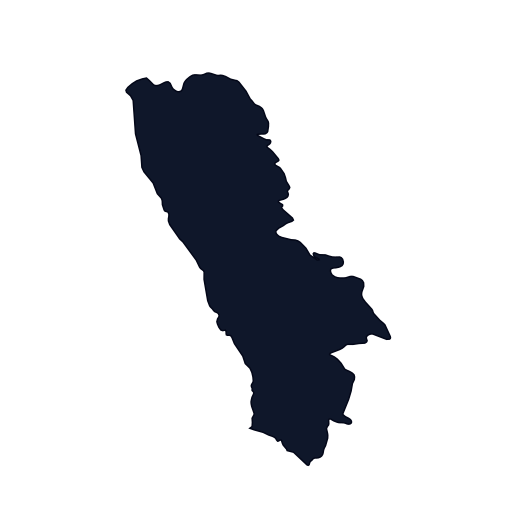 Meghalaya, Mercator projection, rotated 63°
{"feature_id": "IND-2489", "entity_name": "Meghalaya", "entity_type": "State", "adm_level": 1, "iso_a3": "IND", "parent_name": "India", "parent_adm1": "", "projection": "mercator", "projection_center": [91.449, 25.547], "detail": "fine", "context": "isolated", "style": "filled", "palette": "ink", "viewbox_px": 512, "rotation_deg": 63, "n_neighbors": 0, "source": "natural_earth", "source_scale": "10m", "svg_char_len": 4914}
<svg xmlns="http://www.w3.org/2000/svg" viewBox="0 0 512 512"><g transform="rotate(63 256 256)"><path d="M406.7,339.7L406.2,336.9L402.7,334.8L398.8,333.1L396.6,329.9L395.4,329.1L388.1,328.1L385.6,327.4L383.7,326.6L382.1,325.4L380.1,323.7L378.0,321.0L377.1,320.2L376.0,319.9L374.1,320.5L373.4,320.2L372.4,319.5L370.4,319.4L369.3,319.0L368.5,318.2L367.1,316.0L366.0,315.1L362.3,313.6L357.8,312.5L353.3,312.3L349.6,313.5L347.0,314.4L339.2,313.2L324.3,315.0L317.6,314.4L315.5,314.7L314.6,315.6L313.7,317.4L312.8,318.2L311.5,317.8L309.7,316.9L308.1,317.0L307.4,319.5L306.0,320.9L302.7,321.4L299.2,321.2L296.8,320.7L294.6,318.8L293.6,317.1L292.6,315.9L290.2,315.7L289.0,316.2L286.7,318.1L285.0,318.6L283.5,318.8L280.7,319.7L279.4,319.9L273.9,319.3L253.3,312.9L246.6,309.4L245.1,309.5L242.0,311.0L240.3,311.3L232.6,311.1L210.3,314.7L205.9,316.3L204.7,316.4L188.9,318.6L185.0,318.1L183.0,317.1L181.3,315.8L179.5,314.7L177.2,314.4L176.5,314.8L175.0,316.4L174.2,316.9L173.0,316.9L167.8,316.1L164.8,314.7L163.2,314.2L161.3,314.1L155.7,315.6L144.3,314.5L130.1,317.6L125.2,317.4L114.4,312.8L92.5,307.9L61.6,294.8L56.3,295.0L51.3,297.0L49.2,296.6L47.6,293.6L46.3,288.1L45.8,282.9L46.4,278.4L46.6,276.9L47.7,272.8L51.3,271.4L57.0,269.6L58.1,268.7L58.9,267.6L59.6,265.7L59.9,263.7L59.9,259.1L60.1,257.1L60.9,255.2L63.2,254.1L67.6,254.3L69.7,254.0L71.7,253.0L73.3,252.0L74.2,251.0L74.7,250.0L75.0,248.3L74.8,247.3L74.5,246.6L73.5,245.4L69.7,242.0L68.8,240.9L68.0,239.4L67.3,237.8L66.4,233.9L66.2,231.9L66.2,230.2L66.7,228.6L67.5,227.0L69.2,224.2L69.9,222.9L70.3,221.6L70.6,220.1L70.8,216.8L71.6,214.9L73.0,213.2L77.2,209.0L78.1,207.6L78.9,205.4L80.1,203.7L82.3,201.6L86.9,198.4L90.3,194.5L91.1,193.4L93.3,192.3L104.6,190.1L113.4,189.9L115.7,189.2L119.5,188.5L120.5,188.1L121.3,187.6L124.2,185.1L126.5,183.9L127.8,183.5L129.7,183.4L136.5,184.4L138.8,184.4L140.6,184.2L141.9,184.2L143.4,184.6L146.2,186.1L150.4,189.1L151.0,190.1L151.3,192.1L150.9,193.5L149.6,196.1L148.7,198.3L148.4,199.2L148.3,199.7L148.9,199.9L149.4,199.8L155.1,195.8L157.1,194.1L157.5,193.4L158.6,191.4L159.3,190.8L160.5,190.8L161.7,191.7L162.3,192.8L162.6,194.2L162.7,195.5L163.2,196.5L164.2,196.7L167.4,195.1L170.8,193.9L179.3,192.0L180.5,192.0L181.2,192.3L181.5,193.3L181.6,196.0L182.1,197.3L182.8,197.7L184.2,197.3L187.9,194.8L189.3,194.4L195.4,193.6L199.6,194.2L203.2,195.1L208.6,194.7L210.2,194.8L211.2,195.9L212.0,198.1L212.9,198.8L214.4,198.9L215.7,199.2L217.1,200.3L217.8,201.7L218.0,203.6L217.9,205.6L217.0,209.8L217.2,211.0L218.1,211.5L220.2,210.4L222.2,209.1L222.7,209.1L223.6,209.7L223.9,210.9L225.1,211.3L227.2,210.9L238.7,206.3L241.0,206.4L241.4,208.3L240.8,212.5L240.8,214.9L241.3,217.8L241.5,223.2L242.7,227.0L244.7,227.8L246.3,227.6L248.7,226.7L251.2,224.6L257.5,217.3L259.6,213.8L261.6,211.8L264.0,210.4L271.7,208.0L279.7,207.5L287.2,203.4L287.7,202.3L288.0,201.4L287.2,201.3L283.8,203.9L282.9,204.2L281.8,204.3L280.0,204.0L279.5,203.1L279.9,202.2L282.8,199.7L283.8,198.7L286.6,193.6L289.1,191.2L291.5,188.5L292.9,186.1L294.9,181.9L296.2,180.8L298.2,180.3L301.0,180.9L302.6,182.0L303.6,183.7L303.7,185.9L303.7,186.1L303.5,187.4L302.7,190.3L301.9,192.1L301.5,194.1L301.7,195.5L303.1,196.5L305.0,196.9L307.4,196.8L310.4,195.2L312.3,193.3L313.8,191.1L315.5,187.7L316.2,186.0L317.0,181.5L317.6,180.0L318.5,178.6L324.2,173.3L326.2,172.4L328.7,172.3L332.0,173.8L336.0,178.0L337.9,179.3L339.6,179.9L342.3,180.2L346.7,179.5L356.0,177.0L357.4,176.9L359.0,177.2L360.6,177.3L369.5,174.9L373.9,173.0L375.9,172.4L388.6,172.9L389.9,173.3L390.5,173.9L390.7,174.7L389.5,177.5L378.7,187.2L378.1,188.0L377.6,189.2L377.3,190.7L377.4,192.4L378.0,194.2L379.2,195.0L382.0,195.5L382.8,196.6L383.0,198.6L380.7,203.9L378.7,209.8L376.3,214.4L376.1,215.7L376.4,217.2L376.9,219.0L377.3,221.3L377.3,224.0L376.4,232.5L376.4,234.2L376.9,235.0L377.9,234.9L379.4,233.6L381.6,232.0L384.8,230.4L390.2,228.9L397.2,228.3L399.2,226.9L400.7,225.6L402.4,224.4L404.2,223.3L406.4,222.6L408.5,223.1L410.7,224.5L413.4,228.0L419.5,232.6L425.7,238.5L435.8,250.1L436.0,250.2L436.3,250.3L436.7,250.5L437.2,250.4L439.1,249.6L440.0,249.1L442.6,247.2L444.5,246.2L445.5,246.0L446.5,246.0L447.5,246.4L448.1,247.1L448.3,248.6L447.7,250.1L446.8,251.2L445.7,252.1L444.7,253.2L444.0,254.2L442.7,256.7L441.8,258.1L440.6,259.4L438.1,261.6L435.0,263.6L434.6,264.1L434.6,264.8L435.0,265.7L438.5,267.3L439.5,268.1L440.3,269.8L441.2,270.9L441.8,271.6L446.5,272.8L448.2,273.4L449.3,274.0L450.9,274.9L456.5,280.1L458.3,282.6L459.6,283.9L462.0,285.7L463.1,286.8L464.0,288.4L464.3,290.1L464.1,292.0L463.5,293.6L462.6,295.5L462.6,297.0L462.8,297.9L463.3,298.8L463.5,299.7L463.7,300.8L464.3,301.8L466.1,303.5L466.2,304.5L465.3,305.4L447.9,311.6L443.5,316.6L442.1,316.4L436.9,317.6L434.8,317.5L431.8,317.0L431.2,317.4L430.9,318.6L431.1,319.8L430.8,320.8L429.1,321.2L427.5,321.2L426.0,321.8L424.2,323.1L421.2,326.0L416.3,329.7L410.1,336.5L406.7,339.7Z" fill="#0f172a" stroke="#020617" stroke-width="1.5"/></g></svg>